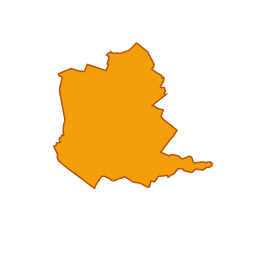 outline of Bukaišu pag., Tervetes, Latvia, rotated 41°
{"feature_id": "27541924B52538484652189", "entity_name": "Bukaišu pag.", "entity_type": "district", "adm_level": 2, "iso_a3": "LVA", "parent_name": "Latvia", "parent_adm1": "Tervetes", "projection": "mercator", "projection_center": [23.227, 56.415], "detail": "fine", "context": "isolated", "style": "filled", "palette": "amber", "viewbox_px": 256, "rotation_deg": 41, "n_neighbors": 0, "source": "geoboundaries", "source_scale": "gbopen_adm2", "svg_char_len": 5044}
<svg xmlns="http://www.w3.org/2000/svg" viewBox="0 0 256 256"><g transform="rotate(41 128 128)"><path d="M69.6,79.7L69.4,79.9L68.9,80.3L68.6,80.6L68.4,80.7L68.2,80.9L67.9,81.0L67.6,81.2L67.0,81.8L66.9,81.7L66.5,81.9L65.8,81.7L64.7,81.8L64.7,82.6L64.3,84.1L63.8,87.0L64.7,86.9L67.2,86.7L67.5,87.5L67.9,88.2L68.6,89.7L68.7,89.8L69.3,91.3L70.1,93.2L70.2,93.3L71.6,92.8L73.7,99.2L64.5,102.9L55.6,106.7L56.9,110.7L58.0,114.0L57.8,114.2L55.3,115.8L55.2,115.9L55.0,116.5L54.9,116.5L53.5,117.0L52.9,117.4L51.7,118.1L51.0,118.5L49.9,118.8L49.6,118.8L49.5,118.7L49.4,118.7L49.3,118.9L49.2,119.1L49.0,119.3L48.9,119.4L48.6,119.5L46.5,120.3L46.3,120.4L46.2,120.4L46.0,120.6L45.9,120.9L44.4,123.9L43.5,125.6L42.4,127.8L42.3,128.0L41.6,129.3L39.9,132.8L41.3,133.6L41.5,133.6L43.4,133.3L45.1,132.9L45.5,133.8L46.2,135.0L47.0,136.4L47.3,137.0L47.6,137.5L48.3,138.9L48.7,139.6L49.0,140.2L49.1,140.5L49.2,140.4L49.7,141.3L50.5,142.8L51.2,143.9L51.5,144.5L52.1,145.0L52.5,145.3L52.9,145.7L54.9,147.3L56.9,148.8L58.3,149.9L59.6,150.9L61.4,152.3L62.9,153.5L64.9,155.1L67.8,157.4L69.0,158.4L73.2,161.7L73.6,162.0L73.8,162.2L75.0,163.3L75.5,164.0L77.0,167.0L77.7,168.5L78.0,168.9L78.3,169.1L78.6,169.6L78.8,170.0L79.2,170.6L81.1,172.7L82.3,174.0L83.1,174.8L83.7,175.4L84.0,175.5L83.3,176.2L83.5,176.4L82.8,177.1L83.5,179.1L83.5,179.7L82.9,180.4L84.1,182.2L84.1,182.3L85.0,182.8L86.3,183.0L85.8,183.9L84.3,185.7L83.9,186.2L84.6,187.2L85.1,187.8L84.3,190.5L84.2,190.6L84.7,190.8L87.1,191.8L88.6,192.5L91.8,194.0L92.0,194.0L93.3,195.9L93.4,196.0L94.0,196.6L94.2,196.8L96.8,198.0L97.2,198.1L97.2,198.3L99.9,198.2L102.8,198.2L107.6,198.1L108.3,198.1L111.8,197.8L116.6,197.4L116.9,197.2L117.1,197.4L121.3,197.0L129.9,196.4L132.3,196.3L132.6,196.3L135.2,196.1L142.4,195.5L142.4,195.4L141.5,193.3L141.4,193.1L140.8,190.2L140.8,189.9L140.4,188.1L140.3,187.5L140.2,187.1L140.6,186.7L140.4,186.1L140.2,185.6L140.1,184.7L139.9,181.7L140.1,181.4L140.5,181.2L141.2,180.5L141.7,180.0L141.9,179.9L143.9,179.3L145.1,179.0L146.5,178.6L146.8,178.5L147.0,178.4L147.3,178.4L147.6,178.4L148.0,178.4L148.4,178.4L148.9,178.4L149.7,178.4L150.2,178.3L150.4,178.2L150.7,178.0L152.5,176.4L153.9,173.4L154.9,171.3L155.0,171.1L156.0,170.2L156.3,169.9L156.3,169.5L156.5,168.3L156.5,168.1L156.7,167.4L156.8,167.4L158.1,167.1L158.8,166.9L159.5,166.7L160.3,166.5L162.4,166.0L164.1,165.8L164.6,165.8L165.2,165.8L167.0,165.5L169.6,164.1L172.1,162.4L173.1,161.7L176.2,161.0L178.9,160.5L181.1,160.1L182.8,158.4L181.4,155.5L180.2,152.9L183.4,151.3L182.6,145.0L183.2,144.1L185.5,141.6L188.8,138.0L190.5,138.8L190.6,138.5L190.7,138.2L190.8,137.8L190.9,137.3L191.2,136.1L191.2,135.9L191.3,135.6L191.5,135.3L192.6,133.0L192.6,132.9L192.7,130.9L192.7,130.5L192.5,129.6L192.5,129.3L192.6,128.9L192.8,128.3L192.8,128.2L192.4,126.5L192.3,126.3L192.3,126.1L194.8,124.0L195.9,123.1L196.0,123.0L196.4,123.0L198.2,123.5L199.0,123.1L199.5,122.8L203.2,120.9L205.2,119.9L205.3,119.8L205.4,119.5L205.9,115.3L206.0,114.9L206.2,114.6L207.4,113.8L210.2,111.8L210.4,111.6L211.3,110.9L212.4,110.1L213.0,107.2L213.1,106.2L214.9,104.7L215.0,104.6L215.1,104.4L216.1,101.3L216.1,101.2L214.8,100.3L214.8,100.0L214.8,99.8L214.6,100.0L212.7,99.5L211.2,100.7L210.9,101.2L209.4,103.4L209.3,103.5L208.2,103.5L207.6,103.7L203.6,107.9L202.9,108.6L202.5,109.2L201.9,109.7L201.8,109.9L200.8,111.0L200.6,111.1L200.4,111.1L199.2,110.6L195.9,108.7L195.0,108.4L194.4,108.4L194.2,108.4L192.6,109.3L190.8,112.9L189.5,115.4L189.4,115.5L188.6,116.0L185.0,115.9L182.3,117.0L180.4,118.1L179.3,118.7L178.5,119.7L177.1,121.3L177.0,122.5L175.8,122.5L168.5,124.9L168.5,122.3L168.1,117.9L167.4,108.5L167.5,106.2L167.6,104.4L167.1,101.2L166.5,97.5L166.3,97.5L166.0,97.6L161.7,97.8L159.5,97.8L154.4,98.1L150.0,98.3L145.8,97.8L145.5,97.8L144.5,95.4L144.4,95.3L144.4,95.2L144.0,94.3L143.0,91.6L142.9,91.3L137.6,93.8L135.6,93.9L133.8,94.2L131.4,95.3L131.4,95.0L131.5,94.9L131.7,93.9L132.5,89.6L132.7,88.6L132.8,88.6L133.2,86.1L133.3,85.3L133.5,84.1L133.8,82.6L134.1,81.2L134.3,80.1L134.5,78.8L134.7,77.5L134.0,78.1L133.8,78.2L133.5,78.2L133.3,78.2L133.1,78.0L132.5,78.1L132.4,77.8L132.3,77.5L132.3,77.1L132.2,76.8L132.0,75.4L131.7,75.3L131.5,75.2L131.4,75.2L131.1,75.0L130.9,74.9L130.7,74.9L130.3,74.7L130.2,74.5L130.0,74.4L129.2,73.7L128.9,73.6L128.1,74.3L127.4,75.1L127.2,75.3L126.9,75.6L126.6,75.8L126.2,75.9L125.5,75.8L125.5,75.7L124.8,72.6L124.6,71.2L124.3,70.5L123.7,68.6L123.5,68.3L122.7,67.1L122.3,66.6L122.2,66.6L121.9,66.8L121.9,67.0L121.7,67.3L121.6,67.1L121.6,66.8L121.5,66.7L121.4,66.6L121.2,66.9L121.1,67.2L121.0,67.3L118.3,66.3L113.9,67.5L107.2,67.9L107.4,66.9L107.3,66.1L107.3,65.6L107.0,64.9L106.0,62.9L104.8,62.4L104.7,62.3L104.0,62.1L103.6,61.9L102.9,61.7L102.4,61.4L101.3,61.0L98.8,60.0L95.8,58.8L94.7,58.3L93.2,57.7L89.7,57.8L87.4,57.8L83.6,57.9L82.9,58.0L82.5,57.9L81.8,57.9L78.5,58.4L78.4,62.8L78.3,65.8L78.0,68.3L77.1,70.4L76.1,71.7L74.1,75.4L74.2,75.7L74.0,75.9L73.9,75.9L73.7,76.0L73.0,76.9L72.5,77.3L72.3,77.5L71.6,77.9L71.2,78.0L70.4,79.1L69.8,79.6L69.7,79.7L69.6,79.7Z" fill="#f59e0b" stroke="#b45309" stroke-width="1.5"/></g></svg>